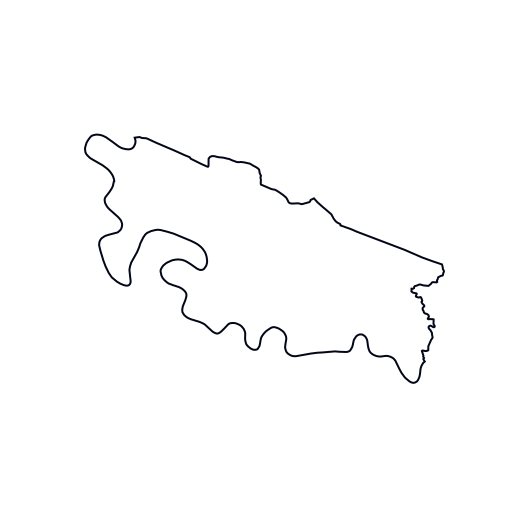 outline of Khlong Khuean, Chachoengsao, Thailand, rotated 126°
{"feature_id": "78962969B67235524404605", "entity_name": "Khlong Khuean", "entity_type": "district", "adm_level": 2, "iso_a3": "THA", "parent_name": "Thailand", "parent_adm1": "Chachoengsao", "projection": "equal_earth", "projection_center": [101.153, 13.774], "detail": "fine", "context": "isolated", "style": "outline", "palette": "ink", "viewbox_px": 512, "rotation_deg": 126, "n_neighbors": 0, "source": "geoboundaries", "source_scale": "gbopen_adm2", "svg_char_len": 6045}
<svg xmlns="http://www.w3.org/2000/svg" viewBox="0 0 512 512"><g transform="rotate(126 256 256)"><path d="M242.2,57.4L241.2,59.8L240.9,60.1L239.8,60.1L239.6,60.3L239.2,61.5L238.9,61.8L238.1,62.1L235.5,65.8L235.3,66.0L234.9,65.9L234.4,65.5L233.5,63.4L233.0,62.6L231.5,61.4L230.9,61.3L228.1,63.3L227.5,63.6L221.1,65.0L218.6,65.1L218.0,65.3L216.6,66.9L214.8,68.5L213.5,71.3L213.1,73.3L212.6,74.2L212.1,74.6L211.7,74.7L210.8,74.6L209.9,74.0L209.5,73.0L209.4,71.1L209.3,70.6L208.9,70.1L208.3,69.9L207.6,70.3L206.7,72.3L206.2,72.8L202.9,75.0L203.0,75.4L203.7,76.6L204.8,78.2L205.8,79.3L205.9,79.9L205.7,80.2L205.4,80.3L203.6,80.4L203.0,80.9L202.6,81.5L202.4,82.4L202.4,83.5L203.1,85.5L203.1,86.4L203.0,86.9L202.1,88.0L201.4,89.6L200.7,90.3L200.2,90.5L199.4,90.6L198.0,90.3L197.4,90.5L196.9,91.7L196.8,93.3L196.1,94.9L195.8,95.2L194.8,95.1L194.4,95.3L193.6,96.3L192.5,98.2L192.5,98.6L192.7,99.0L193.7,99.7L194.1,100.2L194.8,102.5L194.5,103.1L192.2,103.7L192.0,104.0L192.0,104.4L192.5,105.4L193.4,107.6L193.4,109.0L193.1,109.7L192.3,110.0L191.0,111.0L190.9,110.9L190.4,109.9L189.6,109.4L189.1,109.3L187.9,109.9L187.0,109.8L185.7,108.7L182.9,107.0L182.2,105.6L181.4,103.3L178.8,98.9L175.9,98.1L174.2,98.1L173.6,97.9L173.1,97.4L171.2,94.4L170.8,94.2L170.4,94.2L169.3,95.3L167.9,95.4L166.2,96.1L163.3,94.7L162.2,93.6L161.5,93.6L159.6,94.5L158.6,94.6L157.9,95.0L157.2,95.9L156.8,97.0L155.0,98.7L153.5,100.6L156.6,110.5L159.6,121.0L163.7,139.5L177.0,188.4L178.4,194.8L181.6,205.6L181.0,206.0L180.7,206.6L180.8,207.7L181.2,209.9L181.1,211.9L180.2,215.0L178.0,219.5L177.3,227.8L177.2,229.9L176.4,238.0L175.3,243.0L178.3,244.6L178.7,244.7L179.8,244.4L180.7,244.4L181.2,244.6L186.8,249.1L187.3,249.7L188.0,251.6L188.7,253.0L192.6,257.9L193.2,259.2L193.4,260.3L193.4,261.1L192.0,263.7L191.0,266.0L190.7,270.0L190.8,275.2L191.1,278.8L191.3,279.7L192.6,282.4L192.9,283.4L195.3,293.9L194.8,294.6L191.4,296.9L189.8,298.6L188.2,299.1L186.8,301.7L184.8,303.7L184.3,304.3L184.0,305.6L184.1,308.1L184.6,311.8L184.8,314.6L185.0,315.5L187.2,320.6L188.9,323.6L190.0,324.8L191.2,326.6L192.7,331.8L193.3,334.9L193.9,335.9L195.5,339.9L198.4,345.0L199.4,347.6L200.2,349.2L201.0,350.2L201.5,350.7L203.1,351.5L205.2,351.5L211.1,347.3L212.0,347.3L212.3,347.8L213.6,353.8L215.6,365.6L215.6,366.2L215.1,367.4L215.3,368.8L216.3,372.7L218.9,385.2L220.1,390.3L223.2,404.0L225.0,413.2L225.5,414.4L227.5,417.5L228.2,420.1L228.9,420.9L231.6,423.7L233.2,421.6L234.3,420.7L236.0,419.8L238.0,419.3L240.1,419.1L241.5,419.4L243.2,420.3L244.6,421.7L246.2,424.4L247.4,427.3L247.7,428.6L248.0,430.4L248.1,432.2L248.0,439.0L248.1,447.1L248.8,450.9L249.6,453.1L251.0,455.6L251.5,456.3L253.0,457.9L254.9,459.3L256.1,459.8L258.6,460.0L262.0,459.9L264.2,459.6L267.9,458.3L269.9,457.3L272.3,455.0L273.3,453.2L273.8,451.2L274.2,448.3L274.2,446.7L272.8,433.5L272.8,429.5L273.0,426.3L273.6,423.5L274.6,420.5L275.7,418.3L277.3,416.1L278.8,414.6L279.5,414.7L283.6,412.9L286.3,412.4L290.0,412.2L297.0,412.4L298.3,412.1L299.5,411.5L300.5,410.6L301.8,409.2L303.3,406.3L304.0,404.0L304.5,401.0L305.5,390.6L306.3,387.1L306.9,385.7L308.3,383.7L309.1,382.9L311.1,381.7L313.1,381.1L314.8,381.0L317.7,381.6L318.5,382.0L325.6,387.8L328.1,389.6L329.5,390.3L332.4,391.3L333.4,391.4L335.1,391.3L335.9,391.1L337.1,390.7L339.3,389.4L339.9,388.8L343.1,385.1L349.4,376.8L353.0,371.3L356.3,365.1L357.8,360.9L358.1,359.6L358.5,353.4L358.1,349.3L357.2,345.7L356.2,343.4L355.0,342.1L354.3,341.7L353.3,341.5L352.4,341.6L351.2,341.9L349.8,342.8L347.8,344.7L341.8,350.1L340.8,350.7L338.2,351.9L334.6,353.1L322.8,354.5L317.6,355.7L313.7,357.0L307.3,358.1L304.1,358.2L303.1,358.1L301.2,357.6L297.5,355.5L294.4,352.9L293.0,351.5L292.1,350.3L291.0,348.3L288.5,342.0L286.3,335.7L282.0,317.7L281.2,313.2L280.9,310.4L280.9,308.2L281.1,305.4L281.6,303.1L282.8,299.7L283.9,297.8L285.5,295.7L287.1,294.1L289.0,292.4L290.6,291.5L292.7,290.7L293.9,290.5L296.9,290.5L297.6,290.7L298.6,291.3L299.6,292.2L300.3,293.4L300.9,296.1L301.0,303.6L301.2,307.0L301.6,310.5L302.6,313.6L304.3,316.6L305.8,318.5L307.5,320.2L309.2,321.6L313.7,324.1L315.0,324.6L318.2,325.4L320.6,325.4L322.7,325.1L323.7,324.7L324.7,324.0L327.4,321.0L328.6,318.7L329.3,316.2L329.7,312.5L329.6,310.5L328.4,306.1L326.6,300.6L326.2,298.8L326.0,296.9L326.0,295.5L326.3,293.0L326.6,292.0L327.3,290.6L327.8,289.9L329.4,288.7L330.6,288.2L333.0,287.3L339.8,285.6L342.7,284.2L344.6,282.6L345.2,281.3L346.0,279.3L346.2,276.9L346.2,275.4L345.9,273.5L345.3,271.1L342.6,263.3L342.1,261.3L341.6,258.7L341.5,257.1L342.7,246.7L342.4,243.9L342.1,242.9L341.6,241.8L341.0,241.3L340.1,240.6L338.7,240.1L337.3,239.7L333.0,239.0L328.1,238.4L327.2,238.2L326.0,237.6L325.1,236.9L323.3,234.7L322.4,233.0L321.7,230.5L321.4,228.7L321.3,227.5L321.4,226.5L321.9,224.2L322.3,222.9L323.2,221.4L323.7,220.5L325.1,219.1L329.2,216.3L330.6,215.1L332.0,213.5L333.0,212.1L333.4,211.1L333.8,209.3L334.0,206.1L333.7,204.2L333.3,203.0L332.4,201.5L331.3,200.5L330.2,200.0L327.1,200.2L324.8,201.1L321.3,202.9L319.0,203.8L316.5,204.1L313.2,204.0L310.4,203.5L306.2,202.0L304.7,201.3L304.0,200.7L303.2,200.0L302.5,198.8L302.0,197.5L301.6,196.2L301.2,194.4L301.1,190.7L301.2,189.7L301.5,188.1L302.9,185.2L303.9,183.9L305.7,182.5L310.0,180.4L312.9,178.7L314.1,177.4L315.6,175.3L315.9,174.2L316.2,172.8L316.1,170.4L315.8,168.8L315.5,167.8L314.3,165.7L313.1,164.3L302.5,154.1L298.1,149.4L295.1,145.7L286.8,136.1L284.3,132.0L280.7,126.7L279.6,125.5L278.7,124.9L277.8,124.5L276.9,124.3L273.5,124.6L271.8,125.1L267.6,127.0L266.2,127.5L262.8,127.7L261.5,127.6L259.6,126.8L258.3,125.8L257.1,123.9L256.9,122.7L256.9,120.7L257.2,119.5L257.6,118.6L258.4,117.1L259.4,115.9L262.7,112.8L264.8,110.5L265.8,109.0L266.5,107.8L266.9,106.1L267.0,103.7L266.8,102.3L266.2,99.9L265.4,98.1L264.7,96.9L263.4,95.3L260.7,92.5L259.5,90.8L258.5,88.1L258.2,86.2L258.1,84.9L258.3,83.4L258.8,81.7L263.0,73.8L264.9,69.9L266.5,65.1L266.9,63.2L267.2,58.4L267.1,56.7L266.6,55.0L265.8,53.7L264.6,52.8L263.0,52.1L261.4,52.0L259.6,52.3L257.6,52.8L255.0,54.0L250.3,56.7L247.4,57.6L244.1,57.9L242.2,57.4Z" fill="none" stroke="#020617" stroke-width="2"/></g></svg>